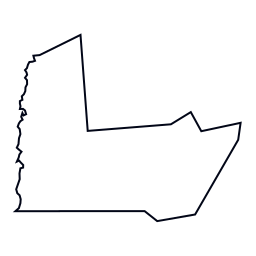 outline of Colônia do Gurguéia, Piauí, Brazil
{"feature_id": "56859067B60738837049345", "entity_name": "Colônia do Gurguéia", "entity_type": "district", "adm_level": 2, "iso_a3": "BRA", "parent_name": "Brazil", "parent_adm1": "Piauí", "projection": "robinson", "projection_center": [-43.773, -8.154], "detail": "fine", "context": "isolated", "style": "outline", "palette": "ink", "viewbox_px": 256, "rotation_deg": 0, "n_neighbors": 0, "source": "geoboundaries", "source_scale": "gbopen_adm2", "svg_char_len": 910}
<svg xmlns="http://www.w3.org/2000/svg" viewBox="0 0 256 256"><path d="M157.2,221.1L195.1,214.5L238.2,139.8L240.6,122.8L232.4,124.6L227.1,125.7L201.3,131.2L190.8,112.1L170.9,124.3L87.7,130.9L80.5,34.9L39.6,55.1L33.4,55.7L34.0,58.2L35.0,60.8L32.5,61.7L29.4,62.0L28.0,64.6L26.9,68.2L25.0,70.1L26.5,72.4L27.1,74.8L25.0,77.8L27.0,80.2L27.1,84.2L25.5,87.3L25.3,91.1L23.9,94.2L21.8,96.3L22.4,99.8L19.9,101.1L19.9,103.6L20.5,106.1L19.9,109.0L23.0,108.9L25.0,110.5L26.1,114.2L23.5,115.4L22.4,113.0L21.2,116.8L22.6,119.7L20.4,121.2L18.9,123.4L17.7,126.7L19.7,129.1L20.4,134.1L19.0,138.2L18.7,141.5L18.5,144.1L16.8,147.7L18.9,149.6L21.5,151.7L19.4,154.5L18.7,157.5L16.9,161.6L19.1,160.6L20.8,162.6L23.2,165.0L23.1,167.6L20.4,168.3L19.5,173.4L19.7,179.2L16.2,189.3L17.3,193.2L19.6,195.3L20.7,199.2L20.4,203.2L19.6,205.8L18.9,208.1L15.4,211.2L144.6,211.1L157.2,221.1Z" fill="none" stroke="#020617" stroke-width="2"/></svg>